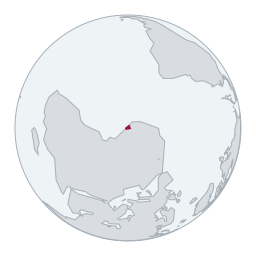 Lagunes highlighted on a globe, orthographic projection, rotated 145°
{"feature_id": "CIV-3458", "entity_name": "Lagunes", "entity_type": "Department", "adm_level": 1, "iso_a3": "CIV", "parent_name": "Ivory Coast", "parent_adm1": "", "projection": "orthographic", "projection_center": [-4.434, 5.74], "detail": "fine", "context": "on_globe", "style": "filled", "palette": "rose", "viewbox_px": 256, "rotation_deg": 145, "n_neighbors": 0, "source": "natural_earth", "source_scale": "10m", "svg_char_len": 9217}
<svg xmlns="http://www.w3.org/2000/svg" viewBox="0 0 256 256"><g transform="rotate(145 128 128)"><circle cx="128" cy="128" r="113" fill="#eef3f6" stroke="#a8b0b8"/><path d="M86.7,23.2L88.2,22.6L85.5,23.8L86.9,23.4L84.5,24.5L87.8,23.3L89.7,22.5L91.7,21.8L92.7,21.6L89.9,22.8L88.9,23.0L88.6,23.3L86.8,24.0L88.3,23.6L84.7,25.2L89.7,23.4L88.1,24.5L85.3,25.7L83.7,25.8L73.2,30.1L69.9,32.0L66.8,34.1L65.1,37.4L62.2,39.6L59.7,42.4L62.1,40.9L65.0,38.2L68.9,36.4L71.9,33.7L73.9,32.7L77.8,30.2L79.2,30.5L78.5,32.2L75.4,34.4L75.0,35.4L79.6,33.4L75.4,38.1L75.4,42.4L74.1,43.8L68.6,45.9L64.4,45.2L57.2,49.3L63.9,46.7L60.5,50.9L60.8,51.8L62.2,51.8L64.3,50.3L63.5,51.9L56.6,54.8L57.2,53.3L59.4,52.3L57.4,52.2L52.7,54.8L51.4,57.0L45.8,59.5L44.7,61.3L42.9,63.1L45.0,60.0L41.2,65.8L34.4,71.7L29.1,82.7L32.1,73.9L31.8,72.6L31.0,72.5L30.0,74.3L30.2,72.5L28.1,75.9L27.9,76.3L31.9,69.2L36.4,62.5L41.3,56.1L46.7,50.1L52.5,44.4L58.7,39.2L65.2,34.5L72.1,30.2L79.3,26.4L86.7,23.2ZM22.2,89.3L21.4,91.6L21.6,92.3L23.1,88.6L24.1,88.2L20.2,98.4L21.3,100.6L19.4,108.5L19.3,112.8L20.7,112.1L21.8,114.5L23.8,110.2L26.5,108.1L25.4,114.6L27.8,109.0L28.7,112.4L34.7,113.1L34.0,114.5L38.9,123.1L46.0,127.5L47.6,132.5L46.6,135.4L49.5,136.5L49.6,138.5L62.6,142.8L70.6,148.3L71.2,155.1L66.3,162.4L65.8,178.3L58.0,182.6L58.8,188.8L57.5,197.4L52.4,196.0L56.7,200.8L56.2,203.2L53.7,202.9L55.7,206.0L53.9,205.8L56.9,208.1L57.8,211.6L61.9,215.0L63.5,217.8L66.3,219.8L65.5,219.6L65.7,220.1L67.0,221.1L63.0,218.9L57.6,214.6L55.9,212.6L54.8,212.0L50.7,206.6L50.9,207.6L44.1,198.9L40.5,191.8L31.4,170.2L29.0,165.6L24.6,159.8L19.0,142.5L19.1,136.0L18.5,132.7L20.7,123.8L21.0,114.9L20.5,113.5L19.4,116.5L18.3,110.4L19.2,103.5L19.9,96.5L22.2,89.3ZM27.4,86.5L28.9,92.8L26.5,93.0L27.2,92.1L27.2,89.6L26.6,87.1L24.9,87.9L27.4,86.5ZM31.5,80.7L31.1,80.2L31.7,80.3L31.5,80.7ZM76.7,30.3L77.2,30.3L76.3,30.7L76.7,30.3ZM77.9,29.3L76.4,29.9L76.8,29.6L77.7,29.2L77.9,29.3ZM79.7,28.7L77.6,28.9L78.2,28.3L82.2,26.5L79.7,28.7ZM89.8,22.3L87.8,23.2L88.5,22.7L89.8,22.3ZM97.4,19.6L96.2,20.0L93.6,20.8L96.4,20.0L89.8,22.2L89.2,22.2L97.4,19.6ZM92.6,21.5L92.1,21.5L95.1,20.5L96.5,20.2L95.1,20.6L92.6,21.5ZM95.0,20.8L97.2,20.2L96.8,20.6L93.2,21.4L95.0,20.8ZM95.2,20.3L96.7,19.9L96.4,20.0L95.2,20.3ZM96.4,22.0L95.8,21.8L97.3,21.2L96.4,22.0ZM98.1,20.0L98.2,19.9L98.7,19.7L100.1,19.4L98.1,20.0ZM102.0,18.4L103.4,18.1L100.7,18.8L102.6,18.3L103.2,18.2L100.3,19.0L100.0,18.9L100.5,18.8L101.4,18.5L102.0,18.4ZM103.0,18.6L100.1,19.7L101.0,20.0L99.6,20.5L98.6,19.9L103.0,18.6ZM101.7,18.7L102.2,18.7L100.3,19.2L98.8,19.5L101.7,18.7ZM104.9,17.8L105.6,17.6L104.4,17.9L104.9,17.8ZM103.6,18.6L104.3,18.4L103.9,18.6L103.6,18.6ZM105.4,17.8L104.6,17.9L105.4,17.7L105.4,17.8ZM106.3,17.9L105.4,18.2L104.3,18.3L106.3,17.9ZM106.2,17.7L107.5,17.5L104.5,18.2L105.7,17.8L106.2,17.7ZM106.3,17.6L106.5,17.5L106.3,17.6ZM110.9,17.3L107.4,18.2L105.0,18.4L108.8,17.5L110.9,17.3ZM71.0,223.3L64.0,219.6L67.3,221.4L66.5,220.1L71.3,222.7L71.0,223.3ZM69.8,219.9L70.7,219.4L71.8,220.0L71.5,220.5L69.8,219.9ZM232.5,86.0L232.8,86.7L235.9,98.3L238.3,109.0L238.5,114.0L233.9,99.4L230.2,89.5L229.6,90.8L224.1,83.2L217.4,84.1L215.6,81.7L214.6,83.2L210.5,81.2L207.3,77.4L205.3,78.0L213.5,88.1L215.6,87.6L216.1,83.1L218.1,86.9L221.9,90.0L220.9,100.2L209.6,110.8L207.0,103.0L190.6,83.0L190.3,80.6L190.2,80.4L189.9,79.9L189.9,83.8L186.6,80.0L196.9,93.9L199.3,100.2L209.4,111.4L208.9,112.7L211.7,114.9L218.8,110.9L219.2,113.6L216.7,126.6L205.5,145.3L206.1,156.8L203.9,166.8L195.0,174.1L193.9,181.7L189.1,184.8L187.5,189.1L182.6,193.9L175.0,198.7L164.1,199.5L164.9,195.7L161.7,188.5L157.9,170.5L162.2,161.8L161.8,155.3L153.8,141.1L155.6,132.9L153.1,129.6L148.1,130.7L145.1,126.8L141.9,126.9L121.1,130.7L113.8,125.7L103.1,110.1L106.3,103.6L105.3,96.4L125.6,71.6L131.6,72.6L149.6,68.7L152.1,69.4L151.9,74.7L166.8,80.4L169.5,75.7L181.1,78.6L187.7,77.9L186.8,68.0L176.0,68.7L172.3,64.3L179.5,59.6L188.6,59.5L187.5,57.8L180.1,54.4L180.7,51.2L177.4,53.0L179.9,54.6L177.9,56.0L175.5,54.6L175.8,53.5L172.6,52.9L172.1,59.2L174.6,61.5L167.1,63.2L170.5,67.4L169.0,69.6L162.7,63.4L162.2,61.1L151.7,55.2L151.7,57.8L161.5,63.6L159.1,63.3L159.1,67.3L157.3,64.0L146.6,57.5L138.8,59.6L131.6,70.1L126.5,71.3L121.0,69.7L120.9,59.7L132.3,58.2L132.4,55.2L127.8,51.3L131.7,51.3L131.2,49.7L135.3,49.2L138.7,45.1L142.6,44.4L141.7,39.8L143.6,39.0L143.5,41.9L145.5,43.7L154.8,42.8L155.9,41.8L154.6,39.0L157.3,39.4L154.9,36.9L159.1,35.6L151.9,35.2L150.2,32.5L151.6,30.4L149.7,29.6L147.6,33.1L147.8,34.7L150.2,36.0L149.8,40.9L147.1,41.9L142.6,37.0L138.3,38.1L136.7,34.3L143.6,26.4L147.6,25.0L158.8,27.5L159.1,29.0L155.3,28.7L160.9,31.1L159.4,29.8L161.7,30.3L160.6,28.3L162.2,28.6L158.5,26.4L160.3,26.5L162.6,27.9L162.5,25.6L165.6,25.7L164.8,25.1L163.2,24.4L168.2,25.3L167.4,24.8L165.5,24.3L162.6,23.2L159.6,21.7L161.5,22.0L162.9,22.6L168.6,24.6L171.8,26.5L172.3,26.5L169.9,25.0L163.0,22.5L160.6,21.5L163.9,22.5L162.5,22.1L162.0,21.7L163.2,21.8L159.6,20.7L150.7,17.7L151.6,17.9L159.2,19.8L166.7,22.2L174.0,25.2L181.1,28.6L187.9,32.6L194.4,37.0L200.6,41.9L206.4,47.1L211.9,52.8L216.9,58.8L221.5,65.2L225.7,71.9L229.3,78.8L232.5,86.0ZM120.7,83.8L120.6,85.9L120.7,83.8ZM199.9,64.9L204.4,64.9L199.7,59.3L201.1,58.9L199.0,57.2L199.3,58.9L193.9,54.4L194.9,52.7L193.0,50.4L191.3,50.3L190.4,54.3L198.3,60.5L198.4,63.0L199.9,64.9ZM34.9,113.1L35.5,114.4L34.5,114.3L34.9,113.1ZM25.4,95.5L26.1,95.8L26.2,96.9L25.5,97.1L25.4,95.5ZM33.1,97.3L34.3,98.1L32.7,98.4L33.1,97.3ZM29.3,93.7L32.1,96.9L29.2,98.3L27.5,96.4L29.1,96.1L29.3,93.7ZM29.5,84.2L29.8,84.8L29.2,85.9L29.5,84.2ZM31.9,80.9L31.7,80.9L31.9,79.9L31.9,80.9ZM60.9,50.8L61.4,50.6L62.5,50.9L61.3,51.5L60.9,50.8ZM71.4,48.9L70.0,51.6L70.2,49.9L68.2,51.0L66.2,49.2L73.3,44.5L70.4,46.8L71.4,48.9ZM65.4,45.9L65.9,47.3L65.1,45.9L65.4,45.9ZM124.5,42.5L126.6,43.2L126.1,45.1L121.3,46.8L121.9,44.1L124.5,42.5ZM129.7,44.0L126.6,39.1L129.5,38.2L128.4,39.5L130.6,39.3L129.4,41.4L135.3,45.6L135.2,47.6L126.3,49.2L129.2,47.4L127.0,46.6L129.7,44.0ZM113.5,31.6L112.2,30.3L120.1,29.7L120.4,31.0L115.7,32.6L112.4,32.0L113.5,31.6ZM87.2,25.9L86.2,26.1L87.0,25.7L88.5,25.2L87.2,25.9ZM96.0,21.9L92.5,25.1L91.1,25.3L90.7,27.3L87.0,28.8L87.4,27.4L84.2,30.3L83.1,29.6L81.3,31.6L82.6,28.3L81.5,28.1L84.2,27.7L87.6,26.2L88.8,25.6L91.2,23.6L90.4,22.8L93.7,21.5L96.3,20.9L96.9,20.8L94.6,21.6L97.2,21.1L94.3,22.2L96.0,21.9ZM124.0,18.2L120.9,18.3L125.7,18.9L122.8,19.4L123.6,19.5L122.2,20.2L121.8,21.3L120.3,21.5L120.8,21.8L119.9,22.4L120.1,23.1L117.4,23.7L117.4,24.6L116.1,24.4L116.9,25.8L115.1,25.1L113.8,26.1L116.2,26.2L100.9,29.9L95.9,32.5L92.7,35.2L90.0,34.1L91.3,31.0L94.8,27.5L100.0,25.4L97.8,25.5L99.7,24.5L100.6,24.9L100.3,23.8L102.1,23.2L105.2,21.1L103.6,20.4L104.7,19.8L106.2,19.8L106.2,19.2L109.8,18.8L110.7,18.4L115.1,17.9L117.5,18.4L118.3,17.9L121.6,17.7L124.0,18.2ZM112.1,17.1L115.7,17.2L115.8,17.6L108.1,18.5L106.8,18.9L101.9,19.8L101.7,19.3L103.2,19.0L104.5,18.7L104.0,19.0L105.4,18.5L107.5,18.2L109.1,17.8L109.8,17.9L112.1,17.1ZM153.9,67.3L155.7,67.4L158.2,67.0L158.2,69.7L153.9,67.3ZM146.5,62.8L148.0,62.4L149.3,65.7L147.4,65.7L146.5,62.8ZM147.7,59.5L148.0,62.1L146.7,60.8L147.7,59.5ZM144.8,41.4L146.2,41.0L146.7,41.6L146.5,42.6L144.8,41.4ZM137.4,21.3L135.7,21.0L135.8,20.7L133.2,19.7L135.1,19.4L137.5,19.9L137.4,21.3ZM185.6,69.8L184.4,71.8L183.1,70.9L183.8,70.4L185.6,69.8ZM171.1,70.7L175.0,71.7L171.1,71.4L171.1,70.7ZM139.1,20.8L137.8,20.3L139.5,20.5L139.1,20.8ZM136.4,19.2L138.3,19.3L135.0,19.3L136.4,19.2ZM199.3,214.2L198.3,215.4L197.6,215.7L199.3,214.2ZM216.9,163.7L208.0,181.6L204.4,182.1L205.2,177.1L209.5,166.4L214.1,162.9L216.7,157.9L216.9,163.7ZM238.5,109.9L239.7,116.1L239.6,117.4L238.5,109.9ZM153.6,19.9L155.1,21.5L157.5,22.9L160.8,24.0L156.8,23.4L153.1,21.1L153.6,19.9ZM150.9,17.8L148.0,17.3L148.7,17.3L149.5,17.5L150.9,17.8ZM149.5,17.6L146.8,17.3L144.9,16.9L147.3,17.2L149.5,17.6ZM143.1,18.4L143.4,18.8L142.0,18.6L143.1,18.4Z" fill="#d9dde1" stroke="#a8b0b8" stroke-width="1"/><path d="M129.8,129.1L129.6,129.1L129.4,129.1L129.2,129.1L128.9,129.0L128.8,128.9L129.0,128.9L129.3,129.0L129.3,128.9L129.3,128.7L129.2,128.7L129.3,128.8L129.2,128.9L128.9,128.8L129.0,128.9L128.9,128.9L128.7,128.9L128.4,128.9L128.2,128.8L127.9,128.9L128.0,128.9L127.9,128.9L127.7,128.9L127.8,128.9L127.7,128.9L127.7,129.0L127.5,128.9L127.5,129.0L127.5,128.9L127.4,128.9L127.4,129.0L127.5,129.0L127.8,129.1L127.7,129.0L127.8,129.0L128.0,129.0L128.3,129.0L128.4,128.9L128.5,128.9L128.8,128.9L128.7,128.9L128.9,129.0L128.2,129.0L127.6,129.1L127.3,129.2L127.1,129.2L126.9,129.2L127.0,129.2L126.9,129.2L126.7,129.1L126.4,129.0L126.5,129.0L126.8,128.8L126.8,128.7L126.9,128.4L126.9,128.2L127.0,127.9L126.9,127.7L126.9,127.3L126.8,127.2L126.6,127.2L126.4,127.1L126.5,126.9L126.5,126.7L126.8,127.0L127.0,127.0L127.3,127.0L127.5,126.9L127.9,127.0L127.6,127.8L127.9,128.0L128.0,128.1L128.2,128.3L129.0,128.2L129.0,127.9L129.4,127.7L129.9,127.8L130.0,127.9L130.0,128.0L129.9,128.2L130.0,128.2L130.0,128.3L130.0,128.5L129.9,128.6L130.0,128.8L129.9,128.9L130.0,128.9L130.0,129.0L129.8,129.1L129.8,129.1ZM126.3,129.1L126.2,129.1L126.3,129.2L126.2,129.2L126.3,129.2L126.5,129.1L126.4,129.1L126.5,129.1L126.8,129.1L126.4,129.2L126.1,129.3L126.0,129.0L126.0,128.9L126.1,129.0L126.3,129.1L126.3,129.1Z" fill="#f43f5e" stroke="#9f1239" stroke-width="1.5"/></g></svg>